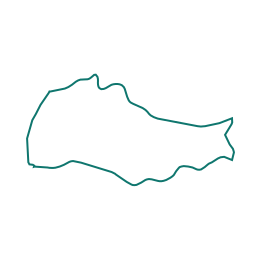 SVG path tracing the border of Demerara-Mahaica, rotated 260°
{"feature_id": "GUY-677", "entity_name": "Demerara-Mahaica", "entity_type": "Region", "adm_level": 1, "iso_a3": "GUY", "parent_name": "Guyana", "parent_adm1": "", "projection": "mercator", "projection_center": [-58.12, 6.456], "detail": "fine", "context": "isolated", "style": "outline", "palette": "teal", "viewbox_px": 256, "rotation_deg": 260, "n_neighbors": 0, "source": "natural_earth", "source_scale": "10m", "svg_char_len": 1505}
<svg xmlns="http://www.w3.org/2000/svg" viewBox="0 0 256 256"><g transform="rotate(260 128 128)"><path d="M106.1,28.6L107.2,29.1L108.3,27.9L109.3,24.6L111.6,23.9L135.2,26.8L152.3,35.1L157.8,39.7L166.0,45.9L176.3,56.0L177.6,57.0L177.4,57.4L177.8,72.7L178.7,76.4L180.3,80.3L182.6,84.6L183.5,87.1L183.9,89.5L183.0,96.8L183.3,98.6L184.2,100.5L186.2,103.9L186.1,105.5L183.7,106.8L181.6,106.9L179.5,106.6L177.7,106.2L175.8,106.0L173.8,106.1L172.2,106.8L170.9,108.4L170.7,110.9L171.1,113.0L173.4,119.2L173.6,121.2L173.5,123.2L173.2,125.2L172.5,127.3L171.3,129.3L169.0,131.0L167.0,131.6L158.9,132.6L155.2,133.5L153.9,134.1L152.7,135.0L150.9,137.3L145.1,145.9L142.7,148.4L140.3,150.1L138.4,151.1L136.5,152.5L134.2,155.3L132.1,158.9L117.7,196.9L116.8,200.0L116.4,204.3L116.9,218.8L119.5,232.1L115.4,231.6L113.7,230.6L104.4,222.4L94.1,225.3L89.3,227.7L87.1,228.0L85.6,228.1L78.4,224.9L82.9,217.7L83.1,214.1L82.4,211.3L79.6,204.6L78.9,201.7L78.3,200.4L76.2,196.8L74.5,192.8L74.5,191.0L74.9,189.4L75.5,188.2L77.9,184.7L79.6,180.6L80.8,176.3L80.8,173.9L80.5,172.0L79.7,170.9L77.1,167.9L73.8,165.0L72.8,163.5L71.7,161.2L70.2,156.7L69.8,153.9L69.8,151.6L70.1,150.0L70.6,148.5L73.3,142.5L74.1,139.8L74.1,137.8L73.8,136.1L72.0,131.7L70.5,126.5L70.6,124.5L71.0,122.8L71.7,121.6L75.1,117.4L84.2,108.1L84.8,107.6L85.2,107.3L87.5,104.2L102.0,75.8L105.0,68.2L105.1,66.1L104.8,64.3L102.9,58.6L101.9,54.1L101.5,49.6L101.7,47.0L102.4,43.8L103.1,41.8L106.2,29.3L106.1,28.6Z" fill="none" stroke="#0f766e" stroke-width="2"/></g></svg>